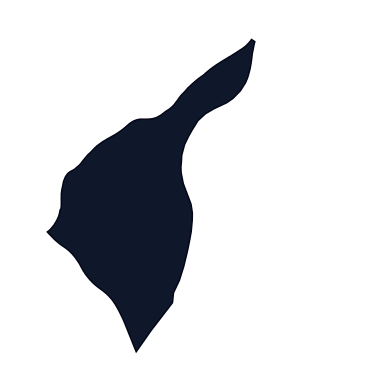 the district of Dordrecht, Zuid-Holland, Netherlands, rotated 323°
{"feature_id": "6326949B98267604037576", "entity_name": "Dordrecht", "entity_type": "district", "adm_level": 2, "iso_a3": "NLD", "parent_name": "Netherlands", "parent_adm1": "Zuid-Holland", "projection": "albers", "projection_center": [4.731, 51.769], "detail": "fine", "context": "isolated", "style": "filled", "palette": "ink", "viewbox_px": 384, "rotation_deg": 323, "n_neighbors": 0, "source": "geoboundaries", "source_scale": "gbopen_adm2", "svg_char_len": 5644}
<svg xmlns="http://www.w3.org/2000/svg" viewBox="0 0 384 384"><g transform="rotate(323 192 192)"><path d="M51.3,286.0L64.3,281.8L68.6,280.4L75.4,278.2L77.1,277.7L77.7,277.5L91.3,273.8L101.4,271.0L109.7,268.7L110.9,267.5L116.5,261.4L122.2,258.4L129.0,254.8L137.5,248.7L140.2,246.8L151.4,237.6L154.6,234.9L158.3,231.6L162.4,227.9L167.6,223.1L171.2,219.1L175.2,214.7L179.6,209.1L183.9,201.1L186.0,194.0L186.8,191.2L190.1,180.0L193.3,173.4L195.0,169.9L198.4,165.1L200.3,163.1L202.3,160.8L205.9,156.5L214.5,149.7L223.3,145.2L224.1,144.9L229.6,142.5L239.7,138.6L250.0,137.6L254.1,138.1L258.6,138.6L260.1,138.8L267.1,140.3L273.4,141.6L275.8,141.7L281.1,141.9L291.6,140.3L293.7,139.5L300.6,136.9L304.5,134.6L306.2,133.5L307.9,132.2L312.1,128.9L312.7,128.4L315.2,126.1L318.6,122.8L323.6,117.6L326.8,114.8L330.0,111.9L332.7,109.7L332.3,108.6L331.3,106.0L330.3,106.3L329.8,106.5L329.4,106.6L328.9,106.7L328.6,106.8L328.0,106.9L327.3,107.1L326.6,107.2L325.9,107.3L325.4,107.4L324.8,107.5L324.3,107.6L323.9,107.6L323.5,107.7L323.1,107.7L322.7,107.7L322.3,107.8L321.8,107.8L321.2,107.8L320.7,107.8L320.1,107.8L319.6,107.8L318.5,107.8L318.1,107.8L317.5,107.7L317.0,107.7L316.4,107.6L316.1,107.6L315.5,107.6L315.1,107.5L314.5,107.5L313.2,107.4L311.6,107.3L310.5,107.2L309.6,107.1L308.8,107.1L307.9,107.0L307.5,107.0L306.9,106.9L306.7,106.9L306.4,106.9L306.0,106.8L305.4,106.8L304.7,106.7L303.4,106.6L302.9,106.5L302.6,106.5L302.4,106.5L302.4,106.4L301.8,106.4L301.2,106.3L300.5,106.3L300.1,106.2L299.0,106.1L298.6,106.1L298.1,106.0L297.6,106.0L297.2,105.9L296.5,105.8L295.8,105.8L295.2,105.7L294.6,105.7L294.0,105.6L293.5,105.6L293.4,105.6L292.7,105.5L291.3,105.4L290.2,105.3L289.1,105.2L288.9,105.2L288.7,105.2L287.9,105.1L286.3,105.1L284.2,105.0L280.0,105.0L275.5,105.2L271.8,105.5L270.0,105.5L268.5,105.4L267.4,105.4L266.9,105.4L265.8,105.3L265.4,105.3L264.4,105.4L264.1,105.4L260.1,105.6L256.3,105.9L254.8,106.1L251.6,106.4L251.1,106.4L248.2,107.2L246.3,107.5L245.2,107.7L242.8,108.0L241.9,108.2L241.4,108.3L240.6,108.5L238.6,109.0L236.0,109.9L233.1,110.7L230.8,111.4L230.6,111.4L230.0,111.6L228.6,111.8L227.1,112.0L225.5,112.1L224.5,112.1L224.1,112.2L222.9,112.1L222.5,112.1L221.3,111.9L221.2,111.9L220.9,111.9L220.6,111.9L219.7,111.9L218.4,111.8L218.0,111.8L217.7,111.8L217.2,111.9L216.8,111.9L216.5,111.9L216.3,111.9L215.3,111.9L214.7,111.9L214.1,111.9L213.6,111.9L213.2,111.9L212.7,111.8L212.4,111.8L212.1,111.7L211.7,111.7L211.4,111.6L211.0,111.6L210.7,111.5L210.3,111.4L209.9,111.4L209.5,111.3L209.2,111.3L208.8,111.2L208.5,111.2L208.0,111.0L207.3,110.8L207.2,110.7L205.9,110.3L205.4,110.1L205.2,109.9L204.1,109.4L203.9,109.3L202.3,108.4L200.7,107.3L199.3,106.3L197.7,105.2L196.1,103.9L195.9,103.7L195.5,103.4L195.2,103.2L194.8,102.9L194.6,102.8L194.4,102.6L194.2,102.5L193.9,102.4L193.6,102.2L193.4,102.1L193.1,101.9L192.8,101.8L192.6,101.7L192.2,101.5L191.9,101.4L191.5,101.2L191.1,101.1L190.7,100.9L190.3,100.8L190.0,100.7L189.7,100.6L189.2,100.5L188.8,100.4L188.3,100.3L188.2,100.2L187.7,100.1L187.3,100.1L186.7,100.0L186.3,99.9L185.9,99.9L185.1,99.9L184.8,99.9L184.2,99.8L183.5,99.8L182.9,99.8L182.3,99.8L182.2,99.8L181.9,99.9L181.7,99.9L181.3,99.9L180.7,100.0L180.2,100.0L179.5,100.0L179.0,100.1L178.5,100.1L177.7,100.2L177.1,100.2L176.6,100.2L176.0,100.3L175.0,100.3L174.5,100.3L172.3,100.3L167.8,100.1L165.2,99.9L164.0,99.7L162.1,99.5L160.9,99.3L159.1,99.1L157.5,98.8L156.0,98.6L154.4,98.5L152.9,98.3L151.5,98.2L151.3,98.1L151.0,98.1L150.6,98.1L145.9,98.0L144.2,98.0L142.9,98.1L142.4,98.2L141.7,98.2L140.7,98.3L140.2,98.4L139.2,98.6L138.3,98.7L136.1,99.1L135.4,99.2L134.7,99.3L133.5,99.4L132.4,99.5L131.3,99.6L129.0,100.1L128.2,100.3L126.0,100.8L123.6,101.4L123.4,101.5L122.8,101.6L122.3,101.8L121.8,102.0L121.5,102.0L121.2,102.1L120.5,102.3L119.9,102.5L119.4,102.5L119.2,102.6L118.9,102.6L118.3,102.7L117.4,102.8L117.0,102.8L116.6,102.9L116.3,102.9L115.8,102.9L114.8,103.0L114.0,103.0L113.5,103.0L113.2,103.0L112.7,103.1L112.3,103.1L112.1,103.1L111.9,103.1L111.7,103.1L111.3,103.1L111.0,103.1L110.8,103.0L110.6,103.0L110.4,103.0L110.1,102.9L109.7,102.9L109.4,102.8L109.1,102.8L108.8,102.7L108.5,102.7L108.2,102.6L107.9,102.6L107.6,102.5L107.3,102.5L107.0,102.5L106.8,102.4L106.5,102.4L106.3,102.4L106.2,102.4L104.8,102.4L103.4,102.6L101.5,103.2L100.1,103.7L99.0,104.3L95.7,106.3L92.3,109.4L89.5,111.8L86.4,115.0L85.5,116.2L84.4,117.7L83.9,118.2L83.6,118.7L83.2,119.2L83.1,119.3L81.6,121.4L80.7,122.5L80.1,123.3L79.8,123.7L79.5,124.1L78.7,125.0L78.4,125.4L77.8,125.9L77.5,126.2L77.1,126.5L76.8,126.8L75.8,127.5L75.7,127.2L74.2,128.5L72.3,130.1L70.6,131.3L69.0,132.2L66.9,133.3L64.0,134.5L61.9,135.3L59.5,135.9L57.5,136.4L54.6,136.8L52.4,136.8L52.7,140.0L52.8,140.0L53.0,142.1L53.4,145.3L53.7,147.4L54.0,148.9L54.4,150.8L54.5,151.2L55.1,153.8L55.8,156.0L56.9,159.3L57.5,161.2L57.9,162.7L58.4,164.9L58.5,165.3L59.0,168.8L59.1,169.6L59.1,170.6L59.2,171.2L59.2,172.2L59.3,173.6L59.3,175.2L59.2,175.9L59.2,176.8L59.2,177.5L59.1,178.2L59.1,178.9L59.1,179.5L59.1,180.0L58.9,181.8L58.6,183.7L58.4,184.6L58.4,184.8L58.2,186.4L57.8,189.1L57.8,189.5L57.7,189.7L57.7,189.8L57.7,190.0L57.7,190.5L57.7,190.8L57.6,192.2L57.5,192.8L57.5,196.1L57.5,196.6L57.7,200.8L57.8,201.5L58.0,203.2L58.0,203.4L58.0,203.6L58.1,204.3L58.2,205.0L58.5,206.5L58.9,208.4L59.7,211.7L60.9,215.6L61.8,218.9L61.9,219.3L62.1,220.3L62.4,221.4L63.0,225.6L63.3,229.0L63.3,229.5L63.3,230.8L63.3,231.9L63.2,233.4L63.2,234.6L63.0,236.1L62.8,238.4L62.7,238.8L62.2,242.6L61.5,246.4L60.5,251.5L59.6,255.1L59.2,256.9L58.6,258.9L58.4,259.6L57.9,261.7L57.3,263.8L55.6,270.0L55.2,271.6L54.9,272.8L53.7,277.0L52.5,281.5L51.3,286.0Z" fill="#0f172a" stroke="#020617" stroke-width="1.5"/></g></svg>